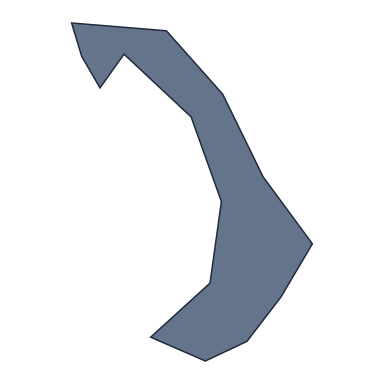 the Territory of Lord Howe Island
{"feature_id": "AUS-2659", "entity_name": "Lord Howe Island", "entity_type": "Territory", "adm_level": 1, "iso_a3": "AUS", "parent_name": "Australia", "parent_adm1": "", "projection": "orthographic", "projection_center": [159.073, -31.556], "detail": "fine", "context": "isolated", "style": "filled", "palette": "slate", "viewbox_px": 384, "rotation_deg": 0, "n_neighbors": 0, "source": "natural_earth", "source_scale": "10m", "svg_char_len": 314}
<svg xmlns="http://www.w3.org/2000/svg" viewBox="0 0 384 384"><path d="M71.6,23.0L166.4,30.8L222.7,94.2L263.2,177.0L312.4,243.8L281.1,296.8L247.0,341.3L205.3,361.0L150.6,337.2L210.0,283.1L221.4,201.5L191.1,116.9L124.0,54.2L100.0,87.9L81.7,56.4L71.6,23.0Z" fill="#64748b" stroke="#1e293b" stroke-width="1.5"/></svg>